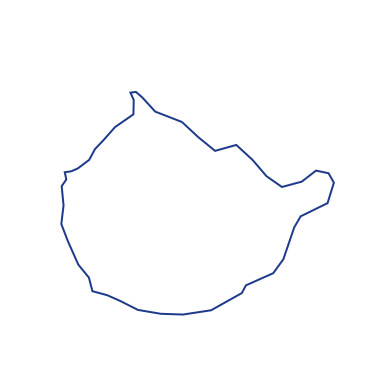 Zajas, Robinson projection, rotated 156°
{"feature_id": "MKD-2950", "entity_name": "Zajas", "entity_type": "Statistical Region", "adm_level": 1, "iso_a3": "MKD", "parent_name": "North Macedonia", "parent_adm1": "", "projection": "robinson", "projection_center": [20.899, 41.593], "detail": "fine", "context": "isolated", "style": "outline", "palette": "blue", "viewbox_px": 384, "rotation_deg": 156, "n_neighbors": 0, "source": "natural_earth", "source_scale": "10m", "svg_char_len": 739}
<svg xmlns="http://www.w3.org/2000/svg" viewBox="0 0 384 384"><g transform="rotate(156 192 192)"><path d="M323.3,141.9L321.0,155.7L325.4,171.9L325.4,197.7L324.4,215.9L314.8,232.0L308.7,250.3L301.7,254.6L300.2,261.8L293.8,260.0L286.7,260.0L272.8,263.2L263.1,270.7L252.6,275.0L235.9,282.6L213.9,286.8L207.8,299.8L207.8,307.8L202.5,306.2L199.0,298.7L192.9,280.4L172.7,260.0L164.0,239.6L154.2,220.2L132.4,217.0L123.6,196.6L117.5,176.1L107.8,160.0L93.1,157.7L87.6,156.8L70.0,161.1L59.6,153.6L58.6,142.8L72.7,126.7L102.6,125.6L113.0,118.1L135.9,93.4L150.8,84.8L163.0,84.8L180.7,84.8L187.6,79.4L208.3,77.5L222.7,76.2L250.0,83.7L270.0,93.4L289.4,106.3L301.6,121.3L311.3,132.1L323.3,141.9Z" fill="none" stroke="#1e3a8a" stroke-width="2"/></g></svg>